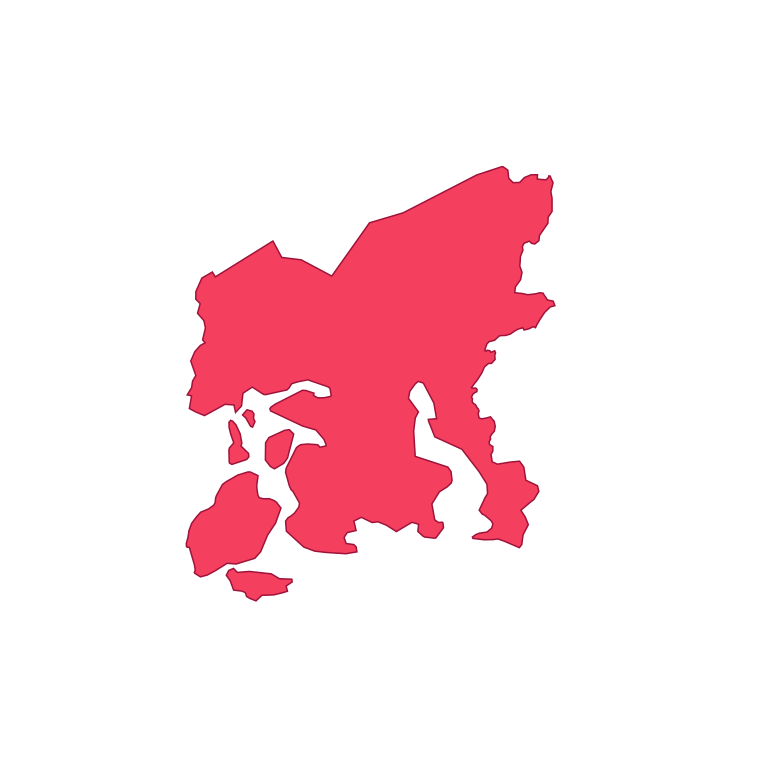 the district of Wrangell, Alaska, United States of America, rotated 309°
{"feature_id": "52423323B13000193718373", "entity_name": "Wrangell", "entity_type": "district", "adm_level": 2, "iso_a3": "USA", "parent_name": "United States of America", "parent_adm1": "Alaska", "projection": "robinson", "projection_center": [-132.186, 56.269], "detail": "fine", "context": "isolated", "style": "filled", "palette": "rose", "viewbox_px": 768, "rotation_deg": 309, "n_neighbors": 0, "source": "geoboundaries", "source_scale": "gbopen_adm2", "svg_char_len": 4868}
<svg xmlns="http://www.w3.org/2000/svg" viewBox="0 0 768 768"><g transform="rotate(309 384 384)"><path d="M251.7,237.9L253.7,241.9L242.4,248.2L243.9,255.7L246.5,264.4L268.2,273.3L273.3,280.6L268.5,286.5L277.2,287.1L288.1,280.2L298.7,283.6L300.1,296.9L301.1,298.6L318.3,312.3L321.0,312.7L326.2,312.1L331.5,315.7L339.3,322.2L346.2,341.1L346.8,343.9L346.3,345.1L341.7,350.4L340.4,350.0L335.6,346.1L331.6,341.3L330.7,336.4L332.8,335.4L329.8,327.4L327.8,324.6L299.8,312.1L294.7,310.7L292.9,310.9L291.7,312.8L300.1,347.2L305.4,360.0L303.2,372.2L300.7,376.7L299.4,377.9L294.5,374.0L295.1,371.1L294.8,370.2L289.2,362.3L284.5,357.5L282.0,356.6L279.4,356.0L256.9,361.0L253.4,363.1L245.1,374.8L243.3,378.5L243.3,380.6L238.3,393.3L234.6,395.3L227.3,395.7L222.1,394.6L220.0,393.6L215.5,393.8L208.2,400.7L206.8,424.3L210.5,435.3L216.7,445.1L228.1,461.2L236.5,468.6L239.9,464.9L240.2,461.5L236.2,455.0L239.6,449.6L245.3,448.9L252.6,454.5L258.6,446.8L266.1,450.3L268.9,462.0L273.1,466.0L275.8,474.8L277.1,486.5L284.8,489.3L294.1,492.8L296.8,499.1L290.7,503.1L290.3,510.1L290.6,511.8L295.9,520.2L297.0,521.2L309.7,520.7L313.1,517.3L313.3,516.4L310.6,513.3L310.4,508.9L320.9,496.7L335.2,494.9L343.6,497.8L349.2,498.6L352.0,497.5L358.1,491.2L359.6,485.9L347.4,453.8L366.2,436.6L377.3,429.7L384.0,428.3L388.3,412.0L394.5,408.7L403.5,408.2L407.5,408.9L409.5,414.0L400.6,434.7L390.1,446.7L384.4,440.7L383.1,442.1L374.9,456.8L382.3,485.6L375.7,513.1L370.9,527.1L363.9,533.5L359.5,534.0L345.8,537.4L344.7,542.4L345.4,544.7L345.2,553.1L343.9,556.6L339.7,558.4L333.8,557.2L328.1,552.0L324.7,550.1L320.7,549.0L319.9,550.2L326.0,559.9L331.8,566.8L335.2,569.9L337.5,576.3L342.0,592.2L345.9,592.1L354.3,587.0L365.5,584.7L369.5,577.5L372.0,569.8L384.6,572.2L388.6,573.2L398.0,571.9L401.5,567.3L398.5,554.8L407.4,545.0L409.3,537.9L402.5,531.0L393.1,522.6L391.6,517.1L396.6,511.5L400.3,510.8L403.9,508.0L403.4,504.1L405.1,502.1L408.5,501.5L409.5,499.8L412.9,499.3L416.7,499.5L421.1,497.1L424.4,493.1L424.9,490.0L425.5,487.4L421.9,484.9L418.5,481.9L417.4,479.4L420.3,475.8L422.8,474.9L423.9,473.1L424.3,471.0L425.5,468.1L425.2,465.7L425.7,463.7L428.1,462.1L429.1,460.1L432.5,459.5L434.9,460.2L436.5,461.0L438.4,459.7L438.6,457.8L436.2,455.2L436.3,454.2L438.5,454.2L441.2,454.0L445.9,454.0L453.9,453.1L460.5,451.3L465.7,452.3L467.7,454.6L473.0,454.9L476.0,452.0L478.4,451.1L479.5,449.1L475.9,447.2L476.4,445.2L475.2,442.9L473.9,442.8L473.3,441.8L473.7,441.2L475.7,440.3L479.7,438.8L483.0,439.0L487.5,442.4L493.9,443.3L495.8,445.1L498.3,448.0L502.4,450.8L507.4,452.2L511.3,453.8L515.0,456.5L514.1,458.9L518.1,461.9L522.5,463.9L523.1,466.3L527.3,465.3L532.4,464.6L540.7,463.8L548.5,464.7L552.4,467.5L554.9,463.3L552.2,458.2L553.8,452.8L554.7,450.4L552.8,447.5L549.6,445.2L543.9,439.6L541.0,433.9L539.3,431.5L537.3,428.1L542.2,425.0L551.0,424.5L557.6,421.0L561.2,415.2L564.7,412.9L569.1,409.7L575.4,407.8L577.8,405.1L581.6,404.3L586.5,407.1L586.2,410.2L587.7,413.1L592.9,414.2L597.4,411.3L612.1,410.2L616.9,406.6L623.9,406.0L634.0,397.8L638.5,392.6L646.8,388.7L649.3,383.6L650.2,382.4L649.4,381.1L648.4,381.7L644.7,381.5L643.6,380.0L639.7,374.1L643.2,371.6L639.1,366.6L632.8,363.2L626.0,362.6L621.7,357.6L622.4,351.4L628.1,345.7L627.8,339.8L627.2,338.9L605.0,324.6L529.0,291.1L500.2,271.3L435.0,275.5L428.4,241.5L418.0,224.9L425.2,207.7L361.1,185.5L363.0,180.1L351.7,175.8L337.5,179.6L331.5,184.3L330.7,190.6L321.6,194.6L319.9,204.2L315.2,209.9L304.1,215.3L303.5,219.1L298.4,217.0L290.1,216.6L280.2,219.4L272.2,232.4L265.8,233.4L260.0,236.8L251.7,237.9ZM118.1,355.2L117.8,355.9L118.6,362.7L124.3,366.9L133.2,370.6L145.9,374.9L151.1,382.4L167.3,393.3L176.0,393.7L193.4,388.6L207.5,387.3L222.7,382.0L224.4,375.1L224.4,372.5L222.7,367.0L219.1,362.8L217.1,358.7L218.3,355.9L222.8,351.0L225.3,348.8L233.5,343.8L231.5,335.5L230.0,333.6L221.3,327.7L209.0,322.9L204.3,321.7L191.9,324.0L189.6,324.8L185.4,327.5L182.5,327.9L176.4,326.2L169.0,322.2L162.8,321.9L154.7,322.2L147.1,324.8L142.0,327.9L135.5,330.8L133.3,332.9L133.3,333.9L134.5,335.1L134.4,335.7L124.3,350.3L120.5,354.5L118.1,355.2ZM129.2,396.8L133.6,403.9L134.6,407.4L132.4,411.0L133.0,415.0L134.9,421.0L142.9,422.1L150.7,431.0L158.0,436.6L162.2,439.4L165.4,435.1L172.4,437.2L174.3,435.2L166.9,425.3L165.5,415.8L157.5,403.4L153.5,397.2L145.3,388.6L146.0,383.1L141.4,380.7L136.1,381.8L134.3,388.3L129.2,396.8ZM248.4,347.6L249.2,352.3L259.3,356.0L265.8,355.6L288.3,345.3L288.9,339.1L285.4,335.9L270.0,328.3L263.9,328.9L250.3,339.6L248.4,347.6ZM225.3,313.7L225.8,316.4L238.9,324.8L242.4,324.8L244.8,322.5L245.8,311.9L248.5,310.8L254.7,303.7L259.1,294.6L259.9,289.7L259.3,287.7L256.7,287.6L252.6,291.1L248.4,296.7L243.7,304.3L237.1,304.1L235.0,305.1L226.3,312.5L225.3,313.7ZM267.1,307.0L267.8,309.0L273.6,307.4L275.1,304.3L278.9,301.8L279.8,298.6L277.8,293.8L270.9,293.5L270.6,298.1L267.1,307.0Z" fill="#f43f5e" stroke="#9f1239" stroke-width="1.5"/></g></svg>